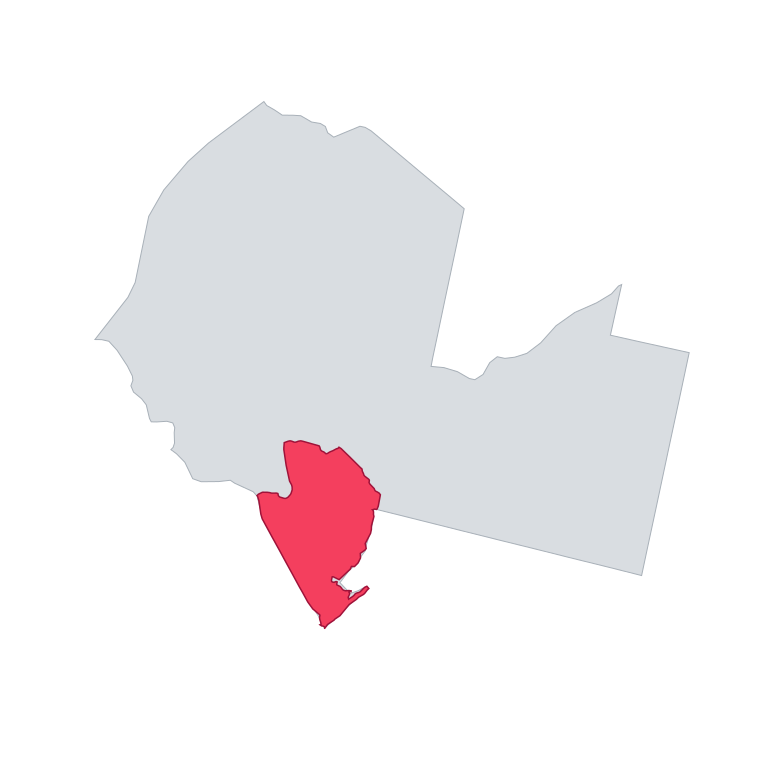 where Izabal sits in Guatemala, rotated 102°
{"feature_id": "GTM-1959", "entity_name": "Izabal", "entity_type": "Department", "adm_level": 1, "iso_a3": "GTM", "parent_name": "Guatemala", "parent_adm1": "", "projection": "robinson", "projection_center": [-89.06, 15.52], "detail": "fine", "context": "in_parent", "style": "filled", "palette": "rose", "viewbox_px": 768, "rotation_deg": 102, "n_neighbors": 0, "source": "natural_earth", "source_scale": "10m", "svg_char_len": 4031}
<svg xmlns="http://www.w3.org/2000/svg" viewBox="0 0 768 768"><g transform="rotate(102 384 384)"><path d="M132.7,560.2L136.0,556.6L138.7,548.1L142.2,539.4L140.1,529.3L138.9,521.2L142.8,509.3L142.4,500.4L144.3,494.9L150.0,491.3L153.0,484.5L136.9,461.1L136.9,455.8L139.1,449.2L152.3,424.2L168.1,394.5L185.4,361.7L195.9,342.0L233.7,341.9L258.7,341.9L290.5,341.9L325.0,341.8L347.7,341.8L357.0,341.6L355.5,328.8L356.7,314.6L360.9,301.7L360.9,296.0L354.1,289.1L341.1,285.0L333.8,278.9L333.8,271.1L330.6,261.7L324.3,250.6L311.2,239.3L291.2,227.8L274.3,212.2L260.3,192.8L248.5,180.2L239.4,175.0L237.3,172.2L264.0,172.5L289.2,172.7L289.5,144.8L289.7,120.0L289.9,92.0L335.7,92.0L390.3,92.1L447.0,92.1L491.6,92.2L517.8,92.2L516.5,126.9L515.2,167.1L514.1,196.7L512.8,236.2L511.4,276.5L509.4,331.6L508.2,367.1L508.8,367.9L523.7,366.2L545.8,367.8L551.1,367.7L557.9,370.8L563.1,371.7L574.3,379.7L587.5,385.8L595.9,373.5L591.5,366.2L588.2,362.4L588.7,359.1L634.4,390.8L629.0,395.7L617.4,407.0L596.3,426.3L577.4,443.6L559.2,459.2L542.8,473.3L540.9,474.7L520.1,484.8L516.6,489.5L512.1,509.4L510.1,514.3L513.8,525.4L517.6,542.5L516.4,551.4L502.0,562.5L495.4,572.4L492.5,578.8L489.9,577.1L485.4,576.6L475.2,579.1L470.2,579.6L466.0,582.5L465.6,588.6L468.4,598.6L469.4,603.8L466.5,606.2L453.8,612.2L448.8,618.1L444.0,627.3L438.4,631.2L432.6,630.4L428.5,631.8L419.8,638.7L406.5,652.1L399.4,662.0L399.3,669.4L400.6,676.0L352.5,652.5L336.5,648.5L268.9,649.0L239.9,639.7L207.0,621.9L184.7,605.7L132.7,560.2Z" fill="#d9dde1" stroke="#a8b0b8" stroke-width="1"/><path d="M635.3,391.3L633.9,391.9L633.5,393.2L633.6,394.7L632.8,396.6L632.0,395.6L629.8,396.6L628.0,397.7L626.0,398.5L623.4,398.6L622.7,399.6L618.9,406.8L613.1,413.2L604.5,420.6L600.5,424.2L589.5,433.6L578.7,442.9L567.8,452.2L557.1,461.5L541.2,475.1L536.9,477.4L524.2,482.1L520.3,484.2L519.5,485.0L519.4,484.9L519.1,484.6L518.2,484.2L517.7,483.7L515.2,480.5L515.0,479.7L514.2,475.6L514.0,473.4L514.1,472.0L514.1,471.1L513.1,466.6L513.1,465.6L513.2,465.0L514.8,464.3L515.3,464.0L515.5,463.7L515.7,463.4L516.1,462.8L516.2,462.5L516.3,461.5L516.6,458.0L516.5,457.0L516.4,456.6L516.2,456.2L515.9,455.7L515.3,455.0L514.9,454.6L514.6,454.3L511.6,452.6L510.4,452.2L506.6,451.8L503.7,452.5L501.8,453.5L498.6,456.2L483.9,462.8L469.1,468.3L467.2,468.7L462.1,469.4L459.9,465.9L459.3,464.5L459.1,463.8L459.1,463.2L459.1,462.4L459.5,460.0L459.5,459.3L459.4,458.7L458.7,457.3L457.8,456.0L457.6,455.4L457.0,454.0L456.9,453.5L456.9,451.4L458.0,434.6L458.2,434.4L459.0,433.7L461.4,432.5L461.6,432.2L461.9,432.0L462.1,431.7L462.3,431.4L462.6,430.7L462.9,429.2L463.1,428.4L463.3,428.1L464.3,426.3L464.1,425.7L463.7,424.9L462.1,423.3L461.0,421.9L460.0,420.3L457.2,417.0L456.8,416.1L456.6,415.9L456.3,415.6L456.1,415.3L455.5,415.0L455.2,414.9L456.1,412.5L463.1,401.4L471.0,389.2L471.3,388.4L471.5,388.1L471.9,387.8L473.2,387.3L473.9,387.0L476.0,385.4L477.3,384.7L477.7,384.3L478.2,383.6L479.7,380.5L479.8,380.2L480.5,378.9L480.8,378.6L481.2,378.3L483.6,378.1L484.9,376.9L488.3,371.9L489.8,370.9L490.3,370.4L490.5,369.9L490.7,369.4L490.9,368.4L491.7,366.1L493.1,364.5L504.6,364.2L507.6,364.7L508.2,365.2L508.3,365.3L508.3,367.2L509.4,369.1L509.6,368.6L510.8,367.9L512.3,367.4L513.4,367.3L515.7,366.3L525.3,366.8L528.9,366.1L532.9,366.1L543.9,369.2L548.7,367.2L550.4,368.1L554.6,372.0L559.0,370.8L564.5,372.2L568.7,374.9L569.2,377.9L572.1,378.5L584.7,387.2L583.1,393.7L583.4,394.6L586.8,394.6L588.1,394.1L588.5,392.8L588.4,391.8L588.1,391.6L588.1,391.0L587.6,390.5L587.2,389.9L587.2,388.8L587.9,388.6L589.0,388.7L590.2,388.5L590.6,387.2L591.1,384.9L592.2,383.4L593.4,382.1L594.1,380.9L594.3,378.7L593.3,375.3L593.2,373.1L594.1,373.1L594.1,374.5L594.1,375.0L594.9,375.0L596.4,373.9L600.0,374.7L601.8,373.9L598.9,371.0L597.3,369.6L595.0,368.4L594.0,367.0L593.2,365.4L592.3,364.2L587.0,360.8L585.4,358.7L587.2,356.3L589.1,357.6L592.7,359.3L594.1,360.3L597.8,364.5L600.4,366.2L606.9,372.2L619.8,378.9L624.1,383.1L625.4,383.8L630.9,389.2L635.3,391.2L635.3,391.3Z" fill="#f43f5e" stroke="#9f1239" stroke-width="1.5"/></g></svg>